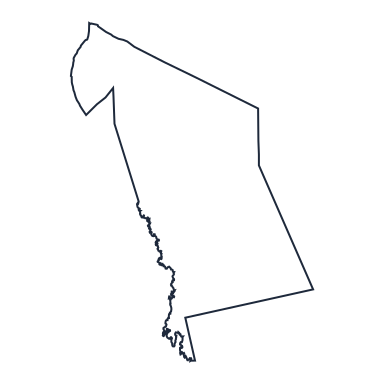 Central Kwara'ae, Malaita, Solomon Islands
{"feature_id": "97153195B68911878451033", "entity_name": "Central Kwara'ae", "entity_type": "district", "adm_level": 2, "iso_a3": "SLB", "parent_name": "Solomon Islands", "parent_adm1": "Malaita", "projection": "equal_earth", "projection_center": [160.74, -8.813], "detail": "fine", "context": "isolated", "style": "outline", "palette": "slate", "viewbox_px": 384, "rotation_deg": 0, "n_neighbors": 0, "source": "geoboundaries", "source_scale": "gbopen_adm2", "svg_char_len": 6031}
<svg xmlns="http://www.w3.org/2000/svg" viewBox="0 0 384 384"><path d="M91.2,23.5L90.7,23.9L89.2,23.0L89.0,31.1L88.3,36.0L87.3,39.3L86.8,39.8L85.9,39.9L85.0,40.6L80.9,45.6L80.6,46.9L77.8,50.3L76.7,53.5L75.6,54.6L73.8,57.8L73.6,58.7L73.8,60.6L73.2,63.0L73.2,63.8L72.8,66.3L71.7,69.6L70.9,76.0L71.7,76.8L71.8,82.3L72.2,84.3L72.9,86.6L73.5,90.2L74.3,92.1L75.6,96.9L76.9,100.2L79.3,103.9L80.0,105.7L82.5,109.7L86.1,115.0L97.0,104.2L105.5,97.5L113.1,88.0L113.5,96.7L114.5,123.8L138.7,201.6L138.3,203.2L137.9,202.7L137.0,204.1L137.5,206.9L138.2,207.8L139.8,208.8L139.8,209.1L139.2,209.5L138.7,209.5L138.7,209.9L139.1,210.7L139.6,211.0L140.3,211.0L139.9,211.4L140.3,213.3L140.0,213.7L140.0,214.0L140.5,214.7L140.6,215.4L141.1,215.7L141.6,217.3L142.0,217.5L142.2,217.3L142.2,216.7L143.2,216.3L143.8,215.4L144.0,215.5L143.7,216.7L143.8,217.7L144.7,217.8L145.1,218.2L146.1,218.2L146.5,218.6L147.0,218.6L148.0,216.8L147.6,219.1L148.1,219.2L148.4,218.3L148.8,218.8L149.5,218.7L149.4,219.4L147.3,219.9L147.1,220.8L147.3,220.9L147.9,220.4L147.8,221.1L148.0,221.6L148.5,221.8L149.5,221.2L149.6,221.5L149.1,221.8L149.0,222.4L149.2,223.3L149.4,223.5L150.1,223.4L150.0,223.7L149.3,224.0L149.1,224.9L148.4,225.0L147.9,225.7L148.1,226.3L148.4,226.3L148.7,225.7L149.1,225.6L149.5,226.1L149.7,227.1L149.1,228.0L149.0,228.6L149.4,228.9L150.0,228.4L150.3,228.5L150.7,229.4L150.7,229.7L149.6,231.7L149.6,232.0L149.9,232.6L151.0,231.9L151.5,232.0L151.7,232.6L151.2,234.1L151.8,235.3L152.3,235.9L153.4,236.2L153.9,236.0L154.4,235.4L153.9,234.6L154.0,234.2L154.7,234.3L154.9,236.0L155.8,236.4L156.2,236.9L156.5,238.5L157.6,239.6L158.7,239.6L159.0,240.1L158.9,240.5L158.7,240.5L158.0,240.2L157.0,240.7L157.4,241.6L157.3,241.9L156.6,241.5L155.9,241.7L155.6,242.7L156.0,243.9L157.2,243.5L157.4,243.6L156.8,244.7L155.9,244.9L156.0,245.2L156.7,245.4L157.4,245.3L157.5,245.9L157.9,246.2L157.8,246.5L158.3,247.6L157.5,248.8L157.6,249.1L158.1,249.4L158.3,250.6L159.2,251.1L159.5,251.6L159.8,251.7L160.3,251.0L160.8,250.8L161.3,251.1L160.8,253.1L161.0,253.7L161.5,253.8L161.2,255.1L161.7,256.6L161.3,256.9L161.3,257.2L161.6,257.3L161.7,257.9L161.5,258.9L161.3,259.1L160.6,258.9L159.9,257.8L158.9,258.4L158.5,259.6L158.9,259.8L158.9,260.2L157.7,261.3L157.6,261.6L157.7,261.9L158.4,262.1L159.4,263.1L159.5,263.4L159.4,264.4L159.6,264.6L160.1,264.5L160.4,263.6L160.6,263.8L160.6,264.7L160.8,264.8L161.1,264.0L161.4,264.5L161.4,265.2L161.8,265.3L162.0,265.2L162.2,264.3L162.6,264.0L162.9,264.6L163.7,265.1L163.6,266.3L164.1,266.4L164.2,266.2L164.5,266.2L165.1,266.7L165.6,268.6L166.8,268.7L167.8,267.2L168.8,267.0L169.1,266.7L170.5,268.0L171.0,269.4L171.5,269.3L172.7,270.1L172.7,270.8L172.9,271.6L174.2,272.0L173.6,272.8L173.6,273.4L174.0,274.0L173.6,274.9L172.7,275.8L172.5,276.5L173.1,278.1L173.9,278.8L174.1,279.6L174.0,280.3L173.2,280.5L173.0,280.1L172.7,280.2L172.3,281.0L172.7,281.3L172.7,281.8L172.4,281.7L172.2,281.9L172.4,282.3L172.1,282.7L171.2,283.7L171.4,284.7L171.0,285.0L171.2,285.7L172.0,286.0L172.4,286.5L172.7,287.4L173.5,288.2L173.9,290.0L174.4,290.4L174.8,290.3L174.5,290.9L174.4,290.7L174.2,290.8L174.4,291.2L173.9,291.5L173.7,291.0L173.1,291.4L173.3,292.1L173.1,293.4L172.8,293.5L172.5,293.9L172.5,293.2L172.2,293.1L172.3,292.6L172.1,291.7L171.7,291.6L171.6,292.3L171.7,293.0L171.9,293.1L171.9,293.3L171.0,294.0L171.1,294.3L171.5,294.3L171.2,294.9L171.5,295.0L171.6,295.4L172.1,295.9L173.5,295.9L173.4,296.4L174.1,296.7L174.0,297.1L173.4,296.9L172.8,296.4L172.8,296.8L172.3,297.1L172.3,297.8L171.6,298.1L171.6,298.6L171.3,298.8L170.4,298.1L170.0,298.2L169.9,297.7L169.9,296.9L169.2,296.5L169.0,297.0L168.9,298.1L169.2,297.9L170.0,299.4L170.1,300.2L170.4,300.6L170.3,302.0L170.6,303.4L170.4,304.4L170.2,304.3L170.2,304.8L170.8,306.0L171.3,307.7L171.4,309.2L171.1,311.3L170.9,311.4L170.5,312.3L170.4,313.3L169.9,313.1L169.9,313.5L169.7,314.0L169.2,314.0L169.0,314.4L168.8,316.5L169.0,318.1L168.5,318.3L168.1,318.0L167.5,318.9L167.5,320.1L166.4,320.1L165.7,321.1L165.4,323.1L165.5,323.6L166.2,324.0L166.5,324.6L166.0,326.3L165.3,326.5L164.9,327.2L163.7,327.7L163.4,328.1L163.5,329.3L164.0,330.2L164.7,330.9L164.8,332.2L164.3,332.5L163.4,332.1L163.1,332.4L162.9,333.6L163.1,334.8L162.8,335.4L163.0,335.8L163.6,336.1L164.2,335.5L164.7,334.3L165.9,333.5L165.9,333.2L165.4,332.9L165.3,332.5L165.7,331.8L167.1,330.6L167.3,329.7L166.8,329.2L166.9,328.8L167.7,329.0L167.9,329.5L169.1,329.8L169.3,330.1L169.2,330.5L170.0,330.3L170.1,330.8L169.9,331.1L168.9,331.3L168.6,332.0L168.2,331.9L167.6,332.8L166.7,334.7L166.7,336.2L167.3,337.5L168.9,338.7L169.6,338.8L169.9,338.1L170.8,337.2L171.2,337.2L172.0,338.2L171.8,338.9L171.3,339.6L171.4,340.3L171.3,341.2L171.5,342.3L172.2,343.3L172.2,344.9L172.5,345.9L173.0,346.4L174.1,346.4L174.6,345.7L174.5,344.5L174.7,343.5L175.6,341.9L175.3,341.2L175.4,340.3L175.9,339.4L175.9,338.5L176.2,337.7L176.0,337.0L176.0,336.2L176.3,336.2L176.4,335.7L176.1,335.7L175.2,334.9L175.1,333.9L175.3,333.3L175.8,332.4L177.9,332.9L178.2,332.1L178.8,332.8L178.8,333.2L179.1,333.5L179.4,333.2L179.7,333.7L179.4,334.1L179.5,334.4L179.9,334.8L180.1,334.6L180.1,334.0L180.5,334.3L180.4,334.7L180.8,335.8L181.4,336.7L181.8,336.7L182.3,336.4L183.0,336.4L182.6,336.9L182.5,340.2L181.9,342.2L181.5,342.4L181.2,342.0L180.8,342.1L180.3,342.8L180.0,343.8L180.0,344.5L181.3,345.2L181.5,345.6L182.1,345.9L182.4,347.0L182.3,347.5L181.7,348.0L180.8,347.7L180.5,347.4L180.0,347.8L180.0,350.1L180.4,351.5L180.1,353.0L180.5,354.5L180.7,354.4L181.0,352.4L181.9,352.0L182.2,352.3L182.6,353.6L183.2,353.6L184.0,353.0L184.2,353.3L183.9,353.7L183.8,355.0L184.2,357.1L184.7,357.6L185.1,357.0L185.2,355.9L185.5,355.7L186.2,357.0L187.4,360.2L187.9,360.3L188.4,359.5L189.4,359.1L189.8,358.1L190.0,358.1L190.3,358.3L191.0,358.2L191.3,358.9L190.9,360.0L190.4,360.1L190.3,361.0L190.8,360.7L195.0,360.6L185.3,317.7L313.1,289.4L258.9,165.4L258.9,154.5L258.4,140.8L258.1,108.5L195.9,77.5L164.6,62.3L134.3,46.8L127.3,41.5L123.4,39.9L118.5,38.8L112.9,36.1L111.2,34.6L106.1,32.0L98.0,26.3L97.9,25.3L97.1,24.8L91.2,23.5Z" fill="none" stroke="#1e293b" stroke-width="2"/></svg>